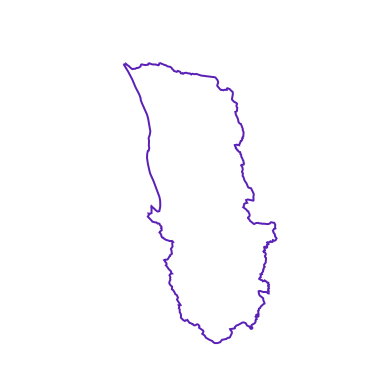 the district of Phookood, Xiangkhoang, Laos, rotated 131°
{"feature_id": "54806243B98354561881715", "entity_name": "Phookood", "entity_type": "district", "adm_level": 2, "iso_a3": "LAO", "parent_name": "Laos", "parent_adm1": "Xiangkhoang", "projection": "equal_earth", "projection_center": [103.008, 19.594], "detail": "fine", "context": "isolated", "style": "outline", "palette": "violet", "viewbox_px": 384, "rotation_deg": 131, "n_neighbors": 0, "source": "geoboundaries", "source_scale": "gbopen_adm2", "svg_char_len": 5972}
<svg xmlns="http://www.w3.org/2000/svg" viewBox="0 0 384 384"><g transform="rotate(131 192 192)"><path d="M228.6,64.1L228.0,64.8L227.0,67.0L225.5,68.6L225.7,72.9L225.3,74.1L223.6,76.3L223.1,76.6L221.9,75.5L220.8,72.7L218.9,70.5L218.5,69.2L218.6,68.1L218.2,67.6L217.2,68.7L216.9,68.7L216.7,69.4L216.3,69.5L216.3,70.0L215.8,70.0L215.5,70.6L215.0,70.6L214.8,71.0L214.2,70.8L213.7,71.7L213.1,71.8L213.0,73.0L212.6,73.3L211.8,72.9L211.3,73.2L211.1,75.0L210.5,75.1L210.9,76.0L210.8,77.3L211.1,78.9L211.5,78.7L211.7,79.2L212.9,80.0L212.5,80.8L213.2,82.4L213.5,84.3L212.3,84.6L211.2,84.2L210.6,84.9L209.9,85.2L209.2,86.3L208.1,85.3L207.7,86.1L207.3,86.2L205.4,86.2L204.3,87.2L203.5,87.1L203.0,87.7L201.8,88.1L200.8,88.0L200.6,89.0L199.5,89.9L196.9,90.1L193.4,92.7L193.1,93.1L193.1,94.1L192.5,95.0L191.1,95.2L190.3,95.7L189.7,97.2L190.3,98.2L190.0,99.1L189.0,99.2L188.1,98.7L186.3,101.4L185.5,101.1L185.5,99.8L185.2,99.1L184.4,99.0L183.9,99.4L183.6,100.2L183.1,100.2L182.5,100.8L181.5,100.1L181.0,100.1L180.9,102.2L180.5,102.2L179.7,101.1L177.8,100.4L177.9,99.6L176.9,98.5L176.5,98.6L175.8,99.3L175.2,99.4L174.9,98.0L174.2,97.5L173.2,97.3L171.5,97.8L171.1,99.8L170.6,100.6L170.2,100.8L170.1,101.4L169.5,101.9L169.1,104.0L168.5,104.6L168.2,105.5L166.2,105.9L164.8,105.1L164.2,106.1L162.1,107.7L161.3,109.7L163.1,112.6L165.0,112.7L166.5,113.7L169.1,117.4L169.7,117.8L170.5,119.5L171.3,120.2L171.8,121.7L173.3,123.2L175.5,124.2L175.7,129.5L175.1,130.7L175.0,132.4L174.5,133.0L172.8,132.7L171.6,133.3L170.7,134.6L170.3,136.0L169.8,136.4L169.8,137.7L170.0,138.0L169.6,139.5L169.9,143.3L169.2,143.2L168.4,144.0L167.5,144.2L166.7,144.8L166.0,144.6L164.0,143.3L163.8,144.1L162.6,145.9L161.0,145.0L158.6,140.5L158.3,140.1L157.9,140.1L155.5,142.4L153.5,143.6L152.7,144.6L150.6,149.5L150.5,149.9L151.5,152.0L151.5,153.0L149.7,156.6L148.9,159.8L146.7,163.5L146.8,164.0L146.1,164.8L144.5,165.8L144.2,167.2L143.9,167.6L142.1,168.2L141.0,169.2L140.3,170.2L139.7,172.3L139.0,172.5L137.8,171.2L137.2,171.0L136.2,171.7L136.0,172.3L134.7,173.7L134.5,174.7L133.6,176.1L133.1,177.8L131.7,179.3L131.6,180.4L130.9,180.8L130.8,181.5L130.4,181.9L130.7,182.3L130.8,183.4L130.6,184.0L130.8,184.9L130.4,185.3L130.5,185.9L130.2,186.8L130.3,187.6L129.6,187.9L129.1,189.7L128.5,190.5L127.0,189.3L125.8,187.2L125.5,187.6L124.7,187.5L122.2,188.4L121.6,188.2L121.3,188.6L121.0,188.3L119.7,188.4L119.0,189.1L118.3,188.9L117.7,189.8L116.6,189.6L113.1,192.2L112.0,194.3L110.9,195.3L108.6,199.7L108.9,200.4L108.9,202.4L107.0,204.9L106.1,206.5L105.0,209.4L103.1,211.9L101.8,211.2L101.3,211.3L98.7,213.1L98.5,214.1L97.6,215.2L95.9,215.8L95.7,217.0L96.3,219.4L96.1,222.0L95.8,222.7L91.3,225.4L89.8,226.9L89.8,229.9L89.6,231.2L90.5,233.4L91.0,233.5L92.1,232.7L93.5,234.5L94.6,235.0L95.3,236.5L95.9,236.9L96.1,237.7L95.4,242.3L95.0,242.9L92.0,244.2L90.9,246.0L90.2,249.3L90.4,250.0L98.1,261.5L100.1,266.3L101.3,267.2L102.6,269.4L103.7,269.7L103.6,270.3L104.0,270.8L104.0,271.6L105.0,272.7L105.9,274.7L106.9,275.6L108.6,276.3L108.4,277.1L109.2,277.5L109.7,278.3L109.1,279.8L109.9,282.2L111.3,282.3L112.5,285.1L112.1,286.1L112.1,287.8L111.7,288.9L111.8,290.4L113.3,293.1L113.4,294.6L114.1,296.0L115.6,300.5L116.5,301.0L117.5,300.4L118.4,300.5L119.7,303.2L121.8,305.7L122.9,308.7L123.7,309.1L124.3,308.6L124.8,308.7L126.9,310.6L128.8,313.8L129.7,313.9L131.1,313.2L133.6,314.0L134.8,315.2L136.1,315.6L137.7,317.2L138.3,317.5L138.6,318.7L138.4,322.6L138.7,324.2L138.6,325.6L138.9,325.4L140.0,326.9L140.6,326.8L143.0,319.2L146.3,310.8L150.1,303.1L152.7,296.4L154.7,292.6L156.1,291.2L157.8,288.1L163.0,276.9L165.2,273.5L173.6,263.2L176.9,261.2L179.8,260.1L181.7,257.9L185.2,255.1L186.9,253.1L189.2,251.8L189.9,252.3L192.8,250.7L195.9,248.2L199.8,243.6L204.6,237.1L205.7,235.3L209.0,228.2L217.0,213.5L219.4,210.4L222.3,207.7L224.0,206.3L227.9,204.1L229.3,205.1L229.5,207.1L229.3,213.3L230.1,212.9L230.8,211.9L234.5,208.7L235.8,209.3L236.8,210.7L237.4,209.6L239.6,209.2L240.1,203.5L240.4,202.6L239.3,200.2L238.3,198.9L238.4,197.2L237.8,196.8L237.3,195.8L238.0,194.3L238.1,192.5L238.5,191.9L239.6,191.7L239.7,190.7L240.8,189.8L242.8,190.2L243.9,190.0L244.0,189.4L243.8,189.1L244.1,188.5L244.2,187.7L244.8,186.7L245.3,186.4L245.9,184.9L245.7,184.4L245.6,184.1L245.4,183.8L245.7,183.6L245.2,180.4L243.4,176.2L242.4,175.4L242.3,174.5L242.0,174.4L242.2,173.3L243.0,173.6L243.9,173.1L245.9,170.9L248.6,170.6L249.4,169.6L249.9,168.6L250.8,167.9L251.6,166.8L252.2,166.6L253.8,167.1L254.8,166.5L255.2,166.8L258.2,166.2L259.3,166.4L260.8,167.9L261.7,168.3L261.9,167.0L262.3,166.3L262.4,164.7L263.5,163.6L264.5,163.6L264.8,161.3L265.4,159.3L265.7,155.7L266.6,154.9L266.7,153.6L267.9,154.5L269.6,154.4L270.5,152.4L271.8,151.7L272.4,150.7L274.2,150.3L275.8,149.3L276.6,146.9L276.4,145.4L276.6,144.8L278.6,143.4L278.4,141.6L278.9,140.5L279.1,139.5L280.0,137.8L279.8,135.8L280.9,133.3L283.1,132.7L284.8,126.6L286.2,127.8L286.8,126.3L288.3,125.8L288.7,124.2L290.8,122.4L291.4,120.5L292.6,119.0L293.7,118.4L294.2,117.6L294.4,114.3L294.0,112.8L293.1,112.7L292.3,111.8L291.6,111.6L292.4,108.0L291.9,107.1L291.6,105.5L291.1,104.8L291.4,104.0L291.2,102.8L290.1,101.9L289.0,101.7L288.3,101.1L288.0,100.1L288.4,98.4L289.8,97.7L289.3,93.0L289.6,92.0L290.7,91.4L292.3,91.2L292.0,88.3L292.6,86.7L292.8,85.5L291.9,81.1L291.3,79.5L291.1,78.5L291.4,77.7L291.1,75.7L289.3,73.7L286.9,72.2L283.9,72.4L280.4,69.7L278.5,69.3L277.4,68.2L276.8,68.1L272.4,69.3L271.5,70.1L271.1,70.9L270.9,72.6L270.5,73.3L267.1,70.4L266.5,70.3L266.0,71.0L263.6,70.9L262.2,70.0L257.5,68.3L256.6,67.6L255.8,65.7L255.9,64.8L256.6,63.2L256.6,62.6L255.9,60.6L256.4,59.2L256.6,57.8L255.9,57.1L254.9,57.3L254.4,59.4L253.2,59.7L249.9,58.6L248.1,58.9L247.2,59.9L246.3,60.1L245.6,59.7L245.0,60.7L243.9,61.1L244.4,61.7L244.3,62.3L243.1,62.4L242.8,62.1L242.4,62.8L241.9,62.6L242.5,62.1L242.4,61.7L243.0,61.6L243.0,60.7L242.5,60.3L241.9,60.4L241.6,60.9L240.5,61.6L238.4,64.1L237.6,63.9L236.2,65.0L235.0,64.5L233.5,64.9L230.0,64.6L228.6,64.1Z" fill="none" stroke="#5b21b6" stroke-width="2"/></g></svg>